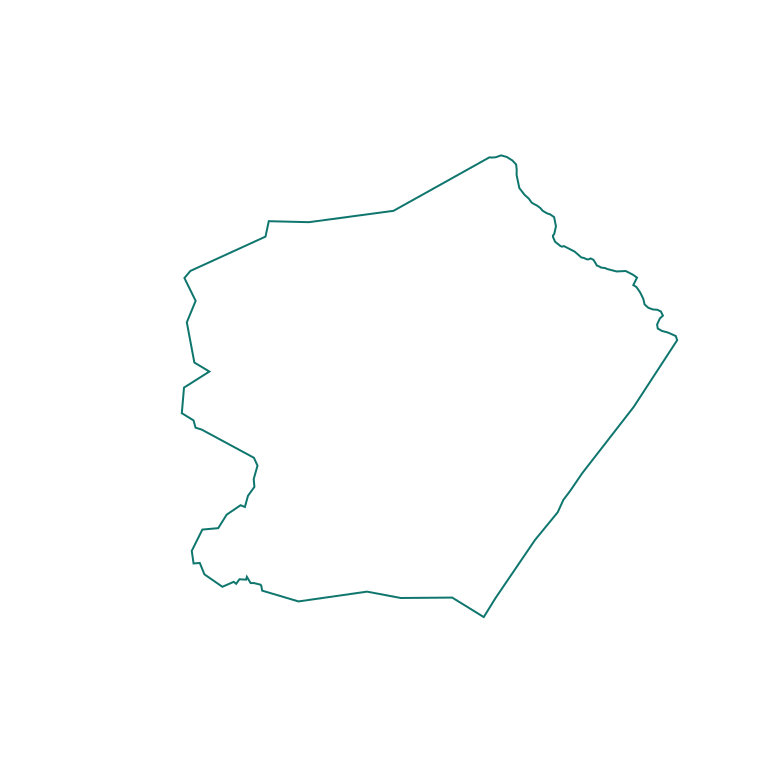 Ashe, North Carolina, United States of America, rotated 122°
{"feature_id": "52423323B47317028722188", "entity_name": "Ashe", "entity_type": "district", "adm_level": 2, "iso_a3": "USA", "parent_name": "United States of America", "parent_adm1": "North Carolina", "projection": "albers", "projection_center": [-81.548, 36.414], "detail": "fine", "context": "isolated", "style": "outline", "palette": "teal", "viewbox_px": 768, "rotation_deg": 122, "n_neighbors": 0, "source": "geoboundaries", "source_scale": "gbopen_adm2", "svg_char_len": 1594}
<svg xmlns="http://www.w3.org/2000/svg" viewBox="0 0 768 768"><g transform="rotate(122 384 384)"><path d="M633.6,445.1L640.6,435.4L641.6,413.6L631.4,406.6L631.8,403.5L626.2,403.1L623.0,397.3L620.2,398.1L623.5,391.6L621.7,388.7L619.6,382.3L620.1,381.2L623.8,377.8L613.7,341.3L569.1,288.4L556.6,256.4L529.0,213.0L528.8,175.9L506.4,176.0L436.2,173.3L400.7,168.7L387.2,170.5L376.3,169.5L354.3,168.6L271.1,160.1L191.5,158.6L188.7,162.0L189.9,170.5L191.7,176.4L191.9,181.2L188.9,183.9L182.2,184.8L178.2,183.7L175.8,187.6L176.2,191.5L178.3,195.5L179.3,200.3L178.4,205.2L174.4,209.2L170.6,215.3L168.0,221.3L168.0,225.0L159.7,225.8L159.4,231.1L160.1,238.9L165.3,246.4L167.4,253.1L167.8,254.4L168.3,256.1L168.5,257.9L170.3,261.8L170.2,263.0L170.7,266.4L170.0,267.5L168.0,271.6L167.7,272.1L168.0,275.3L169.7,276.4L170.7,277.8L171.2,281.3L172.1,283.7L170.7,292.5L171.7,304.5L173.2,305.8L173.5,307.4L172.7,314.3L169.9,318.4L168.6,319.4L166.7,319.1L159.2,321.7L152.3,328.2L152.1,333.1L152.9,336.2L153.0,341.3L151.9,344.8L151.6,348.8L151.9,352.3L151.9,355.0L150.1,359.3L149.1,365.0L146.1,373.1L136.5,382.3L132.0,385.0L127.8,388.3L126.4,393.6L126.4,400.2L128.1,405.9L132.4,409.3L134.8,412.5L135.9,414.7L232.1,467.7L286.6,533.5L307.0,568.0L321.8,562.6L390.7,608.1L399.9,609.4L413.3,587.8L436.2,583.9L466.3,556.2L466.0,538.7L493.0,551.7L515.9,540.0L515.8,526.2L520.9,520.7L519.3,514.6L515.5,455.2L520.3,448.0L533.7,444.1L539.9,439.4L550.9,440.1L562.0,436.8L562.8,441.4L578.2,448.2L594.1,448.2L603.7,460.9L627.4,458.6L637.1,450.4L633.4,445.4L633.6,445.1Z" fill="none" stroke="#0f766e" stroke-width="2"/></g></svg>